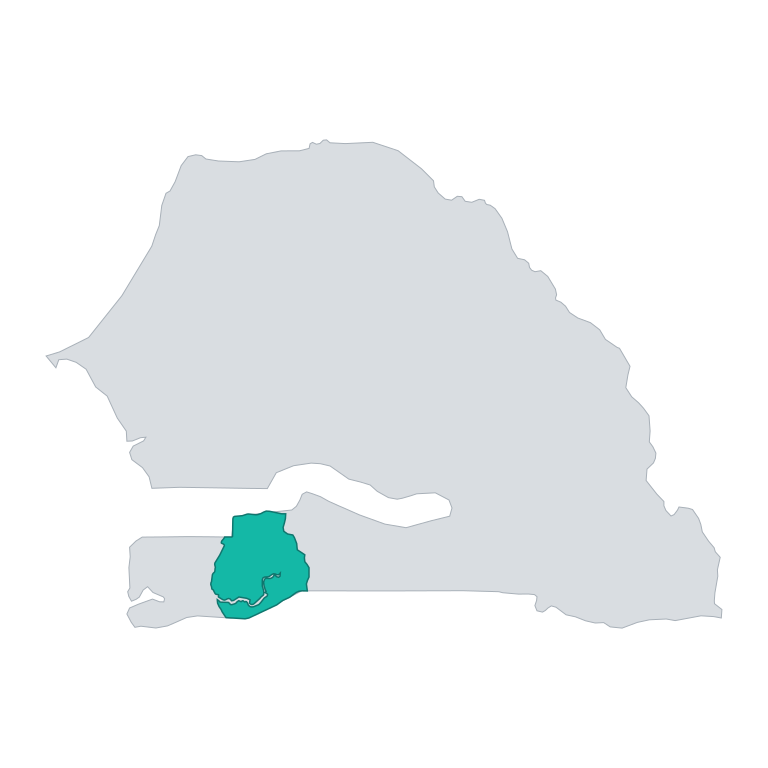 where Sédhiou sits in Senegal
{"feature_id": "SEN-5514", "entity_name": "Sédhiou", "entity_type": "Region", "adm_level": 1, "iso_a3": "SEN", "parent_name": "Senegal", "parent_adm1": "", "projection": "albers", "projection_center": [-15.668, 12.909], "detail": "fine", "context": "in_parent", "style": "filled", "palette": "teal", "viewbox_px": 768, "rotation_deg": 0, "n_neighbors": 0, "source": "natural_earth", "source_scale": "10m", "svg_char_len": 5393}
<svg xmlns="http://www.w3.org/2000/svg" viewBox="0 0 768 768"><path d="M619.5,348.3L630.0,366.3L627.9,375.0L625.8,387.7L631.7,396.8L638.6,402.8L643.5,408.2L649.0,415.8L650.1,431.0L649.3,441.9L652.9,446.8L655.9,453.1L655.4,458.3L653.5,462.9L647.0,469.1L646.1,480.5L656.9,494.2L663.9,501.5L663.9,505.8L665.9,510.5L671.0,516.0L674.1,514.6L677.5,510.1L679.0,507.0L688.2,508.2L692.5,509.5L698.6,518.4L700.8,524.4L702.3,531.9L708.6,541.2L714.1,547.7L715.3,551.8L720.2,557.3L717.4,569.8L717.8,576.2L714.9,592.9L714.3,600.8L714.5,603.7L721.9,609.5L721.3,618.0L713.8,616.6L701.0,615.8L675.2,620.6L666.3,619.0L649.4,619.8L637.3,622.4L622.1,628.1L610.2,626.9L603.7,622.6L595.2,623.0L585.6,620.8L575.4,616.8L566.1,614.8L556.0,607.2L551.3,605.9L548.1,607.9L545.3,610.5L542.5,612.1L537.0,610.8L534.9,605.6L536.6,600.5L537.0,596.7L534.5,594.6L528.3,594.0L518.5,594.1L502.6,592.7L498.9,591.7L463.3,590.7L426.4,590.8L395.1,590.9L355.6,590.9L327.8,590.8L301.9,590.8L281.9,601.1L260.2,612.2L231.0,618.1L197.5,615.9L186.7,617.5L175.6,622.4L167.5,625.9L155.9,628.0L140.9,626.2L134.9,627.3L131.2,622.2L126.9,614.0L129.6,608.0L138.7,604.1L152.5,599.1L159.6,601.8L163.8,601.9L164.6,598.7L163.3,596.9L153.0,592.5L147.6,586.7L143.2,590.0L139.3,597.1L136.1,599.3L131.5,601.2L128.8,596.4L127.7,591.7L129.9,588.0L128.9,567.6L130.2,556.8L129.6,547.2L136.0,541.0L142.2,537.1L166.1,536.9L188.4,536.6L209.8,536.8L231.7,537.1L233.8,518.0L240.7,516.6L251.1,514.6L270.3,512.3L291.8,510.0L296.4,506.3L299.9,500.0L302.2,494.3L306.6,491.9L312.6,493.8L320.5,496.7L328.7,501.3L338.0,505.5L344.3,508.2L359.2,514.8L384.9,524.1L406.0,527.7L431.4,520.7L449.7,516.2L452.0,508.0L449.0,500.0L435.3,492.8L416.7,493.8L411.0,495.7L402.4,498.2L397.2,499.2L388.4,497.6L377.2,491.3L370.2,485.0L360.4,482.0L348.8,479.1L330.1,466.0L320.4,463.7L311.2,463.1L293.6,465.7L276.3,472.7L267.3,488.6L250.0,488.4L213.3,487.8L179.7,487.3L151.9,488.3L149.1,476.8L142.5,467.6L131.9,459.7L129.6,452.4L133.2,446.1L143.6,440.9L145.9,437.2L140.5,437.7L132.3,441.0L126.9,441.2L126.3,431.1L117.3,418.1L107.2,396.1L95.7,387.0L86.1,369.2L76.1,362.3L66.8,359.1L58.8,359.7L55.9,367.8L46.1,356.0L59.6,351.9L88.6,337.5L121.9,295.7L151.8,246.2L155.7,234.5L159.3,225.6L161.8,205.4L166.0,193.3L170.0,191.0L175.1,181.8L181.2,165.6L188.0,156.6L195.7,154.8L201.7,155.6L205.9,159.0L218.4,161.0L239.1,161.8L255.0,159.4L266.3,153.8L281.1,150.9L299.5,150.8L309.1,148.4L310.1,143.8L312.5,142.4L316.3,144.2L319.9,143.5L323.3,140.2L326.6,139.9L330.0,142.8L345.4,143.6L372.8,142.3L398.1,150.7L421.5,168.8L433.5,180.8L434.3,186.9L438.2,193.0L445.2,199.1L451.6,200.2L457.3,196.3L461.9,196.7L465.2,201.3L471.8,202.3L479.2,199.3L484.5,200.3L485.4,203.1L486.7,204.5L490.2,205.2L495.1,208.7L501.9,218.3L507.5,231.7L511.9,249.0L517.6,258.3L524.6,259.8L528.7,263.3L529.5,267.4L531.6,270.2L535.0,271.7L540.8,270.7L547.8,276.5L555.4,289.1L556.6,294.8L555.5,297.9L555.9,300.1L560.9,302.2L565.6,306.3L569.5,312.5L577.8,318.0L590.5,322.7L599.7,329.8L605.4,339.4L617.1,347.4L619.5,348.3Z" fill="#d9dde1" stroke="#a8b0b8" stroke-width="1"/><path d="M307.3,590.9L302.0,590.8L298.8,591.3L296.0,592.6L289.6,597.3L282.9,600.4L277.0,604.7L276.7,604.9L248.9,618.0L245.1,618.8L226.1,617.6L225.6,617.0L222.2,611.9L221.1,609.5L219.1,606.6L217.6,603.2L217.3,600.3L217.3,599.6L219.1,601.0L220.0,602.0L221.3,602.2L228.3,602.4L229.0,602.9L230.4,604.4L231.0,604.7L232.0,604.6L234.8,603.8L236.0,603.1L237.3,601.6L238.8,600.7L241.1,601.7L241.7,601.2L242.4,600.8L243.1,600.8L244.6,601.9L245.3,601.8L245.8,601.5L246.5,601.7L247.3,602.7L248.1,604.6L248.6,605.5L249.4,606.1L250.1,606.6L251.1,606.9L252.5,606.9L253.7,606.7L258.8,604.6L260.8,602.5L264.2,598.1L265.4,597.2L266.5,596.6L267.3,595.8L267.6,594.3L267.0,593.6L265.8,593.0L265.1,592.4L266.1,591.5L265.0,589.0L264.0,585.5L263.6,582.0L264.6,579.2L265.8,578.4L267.4,578.4L269.1,578.5L270.6,578.4L272.1,577.7L273.1,576.9L273.8,575.8L274.3,574.5L276.6,576.7L278.6,577.3L280.1,576.1L280.3,573.0L278.6,574.8L277.0,574.7L275.3,574.0L273.6,573.7L271.9,574.5L269.2,576.5L267.2,576.9L266.1,576.9L264.4,577.1L263.0,577.9L262.3,579.6L262.3,586.1L263.6,590.4L263.7,591.5L263.8,593.4L263.7,594.3L263.4,595.0L260.7,597.3L259.9,598.4L254.3,603.5L252.9,604.4L251.6,604.5L250.4,604.0L249.5,603.1L250.1,599.8L246.7,598.3L238.9,597.0L233.6,600.4L231.7,600.8L231.3,600.5L230.8,599.7L230.0,598.9L228.7,598.5L227.4,598.8L225.5,599.8L224.2,600.1L222.9,599.7L221.3,598.8L218.5,597.0L218.4,596.4L218.5,595.6L218.6,594.9L218.2,594.6L216.7,594.4L215.9,594.2L215.4,593.9L214.8,593.0L213.3,590.0L212.9,589.6L212.4,589.4L211.9,589.0L211.5,586.6L211.0,585.3L210.8,584.3L211.0,582.7L211.5,581.7L212.4,574.7L212.7,574.1L213.2,573.3L214.4,572.2L214.7,571.6L214.9,570.8L215.1,568.5L215.4,567.4L214.9,565.4L214.7,564.2L214.9,563.0L219.8,555.0L224.3,545.8L224.3,545.0L223.6,544.2L222.9,543.8L222.1,543.5L221.4,543.1L221.3,542.2L221.8,540.9L223.7,538.7L224.7,537.0L227.6,537.0L231.8,537.0L232.5,536.5L232.7,528.4L232.7,526.7L232.9,518.7L233.4,517.1L234.6,516.4L242.3,515.7L247.2,514.1L248.6,514.0L256.0,514.8L257.8,514.6L261.1,513.5L263.6,512.1L266.2,511.1L269.6,511.3L281.6,513.8L285.7,513.8L285.4,518.7L284.4,523.0L283.1,527.4L283.8,531.3L287.6,534.0L292.8,535.0L294.4,537.6L296.7,543.6L297.0,547.2L297.3,549.8L300.9,552.2L304.8,554.8L304.4,557.8L304.8,561.7L307.0,564.4L309.0,567.7L309.0,571.7L309.0,577.0L307.4,580.6L306.4,583.9L307.3,590.9Z" fill="#14b8a6" stroke="#0f766e" stroke-width="1.5"/></svg>